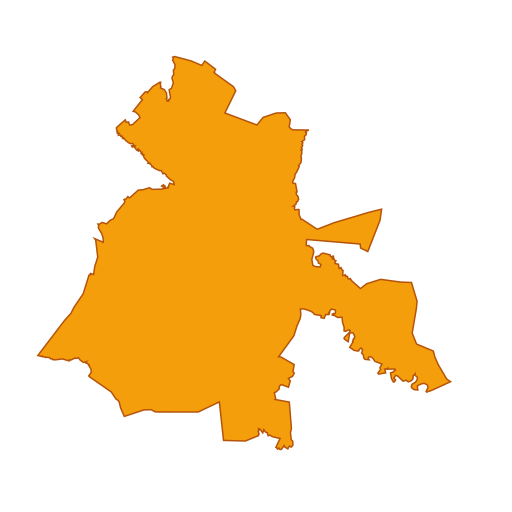 outline of Ayala, Morelos, Mexico, rotated 276°
{"feature_id": "50627088B86852114099424", "entity_name": "Ayala", "entity_type": "district", "adm_level": 2, "iso_a3": "MEX", "parent_name": "Mexico", "parent_adm1": "Morelos", "projection": "orthographic", "projection_center": [-98.965, 18.698], "detail": "fine", "context": "isolated", "style": "filled", "palette": "amber", "viewbox_px": 512, "rotation_deg": 276, "n_neighbors": 0, "source": "geoboundaries", "source_scale": "gbopen_adm2", "svg_char_len": 6082}
<svg xmlns="http://www.w3.org/2000/svg" viewBox="0 0 512 512"><g transform="rotate(276 256 256)"><path d="M369.1,103.8L367.1,104.1L366.0,105.1L365.1,104.7L364.9,105.4L363.3,105.3L363.1,106.3L363.8,106.8L362.7,107.9L361.9,107.2L362.2,108.2L360.8,109.1L361.2,110.5L359.6,110.7L359.5,111.9L358.9,111.5L358.7,113.0L357.2,114.4L354.9,118.3L354.6,119.6L355.0,121.4L354.4,122.4L353.4,122.8L352.5,120.8L351.4,121.6L352.7,124.2L351.5,123.7L349.0,126.2L350.6,128.2L348.6,127.1L348.4,128.0L347.6,127.7L349.1,129.2L347.2,130.8L347.3,131.7L346.3,131.9L345.8,131.3L345.3,132.8L344.8,132.4L344.4,133.1L344.7,133.8L343.2,133.8L341.3,135.1L337.8,139.3L336.9,138.9L337.2,140.9L336.3,141.1L335.5,142.6L333.8,143.3L334.1,144.4L333.1,145.0L332.1,147.3L330.9,150.8L331.0,152.9L328.0,154.9L328.8,156.3L327.2,158.3L326.0,158.7L323.1,162.7L321.4,166.3L318.5,167.1L319.4,162.6L315.1,161.2L314.8,161.6L314.0,159.3L316.1,158.0L317.1,156.4L315.7,154.8L313.8,158.6L312.5,154.4L311.4,145.8L312.8,143.0L310.2,136.9L309.2,132.0L300.6,124.3L301.7,122.3L299.4,121.0L298.3,118.8L296.7,119.9L294.8,119.4L285.3,112.9L278.3,110.5L276.2,107.2L272.4,104.1L273.3,99.4L271.5,97.3L271.2,95.4L269.6,96.6L268.5,96.1L267.0,96.6L262.4,100.0L258.7,101.8L254.3,102.7L253.7,102.7L256.4,93.7L255.1,94.9L238.4,98.7L228.5,96.7L220.6,96.4L221.4,93.4L221.0,93.0L220.1,93.5L219.5,91.9L200.4,88.1L186.1,80.4L179.7,78.0L172.0,72.4L134.2,49.4L133.7,53.0L134.2,53.8L133.5,54.2L133.6,56.2L133.1,57.1L133.5,59.7L133.1,61.7L132.3,62.3L132.3,64.4L131.7,64.7L131.7,67.0L133.4,74.3L132.1,81.1L133.3,81.2L133.1,82.6L135.5,86.5L135.4,87.9L136.3,90.0L134.1,92.0L132.1,95.5L133.2,98.3L132.4,97.7L131.6,98.2L131.6,99.3L130.3,101.0L130.8,101.7L129.7,101.1L126.0,103.9L122.8,104.2L119.4,102.2L118.7,102.6L105.7,126.2L98.9,131.9L98.1,133.9L96.2,135.3L90.6,137.3L82.7,141.8L91.2,160.6L92.2,167.8L90.5,172.0L90.7,175.4L94.8,214.8L107.1,234.8L69.2,243.0L70.9,264.8L77.6,277.3L78.9,277.1L79.4,277.7L82.1,276.4L82.8,277.2L84.6,276.6L84.1,278.2L80.8,281.2L84.1,281.9L81.9,283.8L81.4,285.7L78.5,286.9L79.3,288.3L78.0,291.3L77.0,299.0L67.8,295.8L67.5,296.7L66.2,297.5L67.4,299.0L66.2,299.7L66.1,300.5L66.3,301.5L70.4,303.8L69.0,304.7L67.5,307.8L70.2,308.9L70.5,309.4L69.6,310.9L71.6,312.5L75.6,311.9L77.1,310.2L84.1,308.7L87.9,309.3L114.2,304.4L115.3,289.9L116.0,290.5L122.1,288.5L122.9,290.2L126.3,293.0L128.6,292.8L130.4,293.9L130.7,295.1L128.9,302.0L135.4,303.1L137.6,301.0L140.1,304.9L143.5,306.3L144.8,304.9L152.0,305.3L158.2,291.3L158.1,289.0L180.6,302.0L190.8,304.1L198.4,306.5L202.2,306.7L208.0,305.7L208.4,309.3L206.9,316.0L205.7,318.6L204.0,320.2L203.5,327.2L201.5,327.0L201.1,330.3L205.0,331.4L205.4,334.7L207.2,335.1L207.2,334.3L211.1,336.4L210.7,340.2L209.4,340.9L207.3,340.8L206.4,339.6L206.9,339.1L206.0,337.9L205.2,338.0L205.0,340.1L203.4,343.7L204.1,347.9L198.9,349.1L194.2,351.1L190.7,351.4L190.4,353.0L192.4,356.1L191.7,357.4L189.8,356.9L184.5,352.6L183.5,352.1L182.6,352.6L180.4,356.6L189.4,357.3L189.6,360.5L188.3,361.5L186.3,362.6L184.1,362.4L184.1,361.7L181.0,361.0L180.8,361.5L175.0,358.7L172.4,363.4L172.1,367.3L172.5,368.2L173.6,368.4L175.5,370.0L173.8,371.9L170.6,371.1L168.8,373.1L165.7,374.0L164.6,375.2L164.6,379.4L166.3,378.2L167.8,379.2L167.8,380.3L166.7,382.7L163.7,385.2L161.7,392.6L158.0,391.0L156.2,391.7L152.2,389.4L151.4,390.3L153.3,397.2L156.9,395.8L157.3,396.7L157.1,397.8L158.1,398.7L157.2,398.7L158.1,405.9L157.1,406.6L156.2,405.3L155.3,405.1L153.8,402.0L148.1,403.6L145.0,405.8L145.3,406.8L147.4,407.8L148.8,405.9L151.9,407.4L151.4,409.5L146.9,415.3L148.1,418.4L146.7,420.6L148.4,423.7L150.5,425.0L153.3,424.8L155.4,426.5L154.2,426.5L152.1,429.2L151.0,429.3L148.6,428.7L146.8,427.4L144.7,424.5L142.2,424.1L141.3,424.6L139.7,426.9L139.6,430.9L143.8,430.0L146.2,434.0L146.9,436.6L145.9,439.5L144.3,440.6L142.8,440.7L139.2,439.3L138.5,439.9L140.8,444.9L151.3,462.6L153.6,458.5L166.6,448.9L174.1,444.5L180.0,442.3L185.2,424.9L195.6,419.4L220.8,421.0L227.9,420.9L245.9,413.4L245.2,402.6L245.8,382.4L240.0,369.0L234.5,363.3L241.4,353.7L243.4,352.2L242.7,350.8L243.4,349.7L245.0,349.2L245.5,348.1L245.0,347.4L246.4,346.6L247.1,347.2L246.0,345.9L245.7,344.2L250.7,344.1L251.3,343.0L253.4,341.7L252.2,340.1L252.5,339.8L256.4,338.9L256.8,335.5L257.4,335.1L259.6,336.0L259.9,334.6L262.2,333.4L261.0,332.7L261.3,332.1L263.7,333.1L264.1,332.6L263.1,331.8L263.3,330.2L264.9,329.6L265.9,322.4L264.9,320.5L262.8,319.0L261.5,315.7L260.9,315.4L259.2,316.2L257.3,318.4L255.5,318.8L254.4,321.5L251.8,320.9L251.7,316.2L252.6,313.5L258.5,311.9L265.8,313.0L267.6,312.6L269.7,311.5L271.0,308.3L272.0,307.6L271.4,305.6L272.0,304.8L277.7,304.6L278.8,358.3L274.8,359.3L272.1,366.7L304.4,375.6L315.7,376.0L311.0,363.1L297.4,330.5L289.0,314.1L297.4,297.8L297.0,297.0L301.6,294.6L306.5,294.0L306.8,293.2L305.9,290.0L306.8,289.3L309.0,289.4L309.7,289.0L309.5,288.0L311.5,290.2L314.2,290.7L314.4,291.6L316.9,292.4L319.6,291.6L321.0,290.0L323.1,289.3L324.2,289.5L324.2,290.1L332.2,287.7L332.3,285.2L333.6,284.6L337.8,286.2L341.9,286.4L342.8,287.3L348.3,289.3L349.8,289.6L350.4,289.0L353.7,291.0L357.9,291.0L360.3,290.2L362.4,290.8L366.1,290.5L365.5,290.1L366.0,289.6L367.1,290.8L368.8,289.7L370.0,290.7L371.2,290.8L372.0,290.0L373.5,290.8L374.6,289.6L376.7,292.2L380.2,291.7L381.7,293.1L383.9,293.3L384.2,292.4L385.0,292.3L386.8,295.4L385.3,279.5L385.9,277.9L387.8,275.5L395.1,275.9L401.5,270.2L400.3,261.1L394.6,248.6L386.4,243.2L395.0,210.1L418.2,218.6L422.0,215.9L432.5,197.5L434.3,195.1L437.5,196.3L444.5,184.7L439.8,182.2L443.2,171.2L445.9,154.2L445.0,152.3L443.8,153.2L442.2,152.6L437.7,155.5L434.1,155.6L432.1,154.4L427.7,155.3L426.4,154.2L424.2,153.8L419.6,155.7L414.1,154.5L412.2,152.2L405.0,154.4L403.2,153.9L402.4,152.7L400.9,152.9L400.6,151.6L403.2,150.3L403.7,151.0L408.7,149.9L411.9,147.4L413.2,143.4L414.5,143.7L417.6,142.6L418.3,143.2L418.9,143.0L418.8,142.2L413.7,135.6L407.0,130.9L407.9,130.4L407.5,128.5L401.4,124.2L399.7,126.7L387.1,118.7L386.7,120.8L384.3,124.3L381.5,126.2L373.7,119.4L373.3,117.9L373.1,116.8L373.7,116.1L376.0,115.3L375.4,113.0L377.7,111.7L369.1,103.8Z" fill="#f59e0b" stroke="#b45309" stroke-width="1.5"/></g></svg>